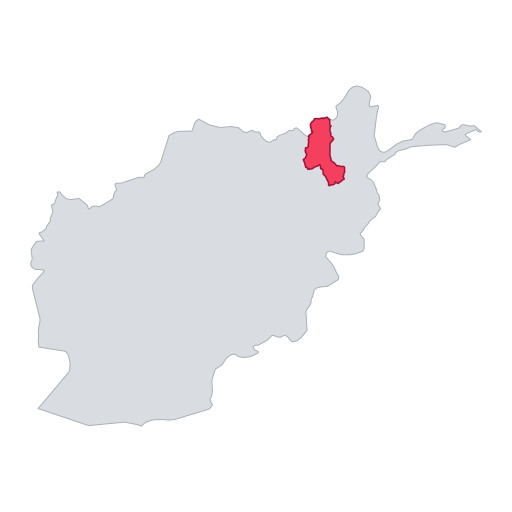 Afghanistan, with Takhar highlighted
{"feature_id": "AFG-1765", "entity_name": "Takhar", "entity_type": "Province", "adm_level": 1, "iso_a3": "AFG", "parent_name": "Afghanistan", "parent_adm1": "", "projection": "robinson", "projection_center": [69.729, 36.705], "detail": "fine", "context": "in_parent", "style": "filled", "palette": "rose", "viewbox_px": 512, "rotation_deg": 0, "n_neighbors": 0, "source": "natural_earth", "source_scale": "10m", "svg_char_len": 7195}
<svg xmlns="http://www.w3.org/2000/svg" viewBox="0 0 512 512"><path d="M220.5,127.5L231.5,126.5L239.0,127.9L242.9,131.6L246.7,132.6L250.5,130.8L252.8,130.5L253.7,131.6L255.6,132.1L258.5,131.9L260.1,133.0L260.5,135.2L262.6,138.0L266.4,141.5L269.8,142.3L274.3,139.6L275.8,140.0L276.6,139.1L277.0,137.1L279.7,135.3L284.7,133.6L287.5,132.0L288.5,130.8L290.2,130.4L292.0,130.8L293.3,130.3L294.3,128.6L296.0,127.9L297.5,128.3L304.3,134.5L307.0,136.4L308.2,136.1L311.6,132.7L312.1,129.5L311.1,125.5L311.8,122.2L314.0,119.7L318.2,118.2L324.2,117.6L327.9,118.0L329.3,119.2L331.1,119.9L333.4,120.1L335.6,118.6L337.5,115.6L337.6,111.8L335.9,107.3L336.3,105.8L339.4,103.6L342.6,100.2L345.7,95.8L348.7,90.5L352.4,87.2L356.8,85.9L362.1,87.3L368.4,91.5L370.8,96.6L369.3,102.7L369.2,106.0L370.5,106.7L377.6,105.5L378.6,106.4L378.5,108.1L377.5,110.6L376.3,117.9L374.2,135.7L377.3,146.2L379.4,150.4L381.5,151.8L383.6,152.3L385.7,151.9L390.0,149.2L396.6,144.2L402.9,141.1L412.2,139.4L415.2,134.0L419.4,130.4L429.1,125.1L434.4,123.1L437.5,122.8L444.9,124.8L445.3,126.4L444.9,128.1L442.8,129.5L442.1,130.6L442.9,131.5L445.9,131.8L458.8,128.1L461.6,124.9L464.4,124.8L469.8,126.1L474.0,125.7L476.2,127.1L481.3,131.8L479.7,132.0L477.4,131.1L476.1,129.6L471.0,131.6L465.2,134.5L465.4,135.3L470.6,139.6L459.9,144.3L455.1,147.0L454.0,147.1L446.7,144.6L426.5,145.4L411.2,146.8L405.2,149.2L399.6,150.4L396.7,151.6L394.9,154.2L386.4,159.7L384.9,161.7L380.2,161.6L375.3,166.9L368.2,173.3L366.7,176.3L367.8,177.9L371.6,180.2L373.4,182.4L376.1,188.6L377.2,193.0L378.9,194.9L379.8,200.1L378.1,203.1L378.1,204.5L380.5,208.5L379.9,209.7L378.2,211.6L375.4,216.6L370.3,220.3L368.2,223.6L364.7,227.3L363.2,230.4L361.7,232.1L360.1,233.0L360.5,234.7L361.9,236.7L364.2,239.1L364.1,248.4L362.9,251.1L356.5,253.6L350.4,254.7L342.9,254.8L340.1,254.4L329.7,251.0L326.4,252.7L325.7,256.8L331.6,263.5L334.1,267.2L336.8,273.4L338.8,276.7L338.1,279.7L327.4,286.3L320.5,287.0L316.3,288.1L314.2,289.8L312.6,296.8L311.1,299.4L311.1,302.4L309.7,305.9L307.5,308.2L305.9,311.8L307.1,330.5L300.9,337.9L297.4,340.6L294.1,341.8L291.4,341.4L287.9,337.1L285.5,335.5L283.1,335.8L280.6,337.3L276.7,336.8L273.4,335.3L271.7,335.5L270.7,337.0L267.1,340.2L258.3,345.1L254.7,345.4L253.2,346.6L253.8,348.6L255.3,350.3L258.1,351.4L258.2,352.8L253.7,355.2L249.1,356.9L243.9,357.5L238.4,356.6L235.7,354.4L232.4,354.2L229.4,355.8L226.2,358.4L221.9,364.9L215.5,369.0L213.9,373.1L211.9,380.4L212.4,391.2L211.6,396.0L210.1,399.1L210.4,401.6L212.5,404.4L211.6,406.3L209.8,408.3L208.1,409.4L173.5,419.8L167.9,420.1L164.9,419.6L155.2,419.6L151.1,420.4L147.0,421.8L144.0,423.5L141.6,426.1L137.6,424.7L124.7,422.1L89.8,425.5L86.6,424.9L38.1,408.6L68.9,372.0L69.8,368.9L70.1,363.0L68.4,355.0L65.5,351.3L39.0,347.1L38.2,340.9L38.7,338.1L38.3,332.7L38.5,328.6L39.9,321.8L40.0,318.7L32.4,288.3L32.5,285.3L37.6,278.4L44.1,271.5L43.8,270.3L40.6,269.5L35.9,269.5L33.4,268.4L31.4,266.5L30.7,263.8L32.2,258.9L31.1,249.4L36.3,241.4L44.0,240.9L40.2,235.1L39.4,234.5L39.1,233.5L39.6,232.5L41.5,232.1L46.3,228.4L46.6,226.3L50.5,220.8L50.3,218.3L53.0,211.8L51.8,207.5L51.6,205.2L54.5,203.7L56.4,197.6L57.5,196.1L57.6,194.6L57.1,192.2L59.7,191.8L62.0,194.9L65.7,198.2L68.1,199.2L71.2,199.6L78.0,198.6L79.4,198.7L86.4,204.5L87.6,206.0L88.2,208.3L89.3,209.0L91.8,206.7L94.2,205.9L98.8,206.6L101.3,205.8L113.0,198.7L113.9,194.1L115.1,191.5L116.7,190.0L114.9,184.7L115.6,183.7L117.1,183.2L121.0,183.2L138.6,177.4L143.2,177.4L144.2,177.0L144.5,175.4L145.8,173.7L154.2,169.4L159.0,165.1L160.8,161.9L169.1,135.5L173.3,133.2L177.6,131.5L192.0,131.0L194.8,122.9L196.2,121.0L198.7,119.1L209.3,124.9L220.5,127.5Z" fill="#d9dde1" stroke="#a8b0b8" stroke-width="1"/><path d="M326.5,117.3L327.2,117.3L327.7,117.8L328.0,118.4L328.3,118.9L329.0,119.1L329.4,119.2L329.6,119.4L329.7,119.6L329.9,119.8L329.7,120.6L329.8,124.4L329.9,125.2L330.0,125.6L330.5,125.6L331.0,125.8L331.0,126.1L330.8,126.2L330.4,126.7L330.3,127.0L330.1,128.0L329.9,130.1L330.0,131.1L330.7,132.9L330.8,133.4L330.8,133.8L330.7,134.6L330.8,135.4L330.9,135.8L331.2,136.2L332.4,137.0L332.9,137.6L333.6,138.9L332.9,140.0L332.7,140.6L332.4,140.9L331.5,141.2L331.1,141.9L331.0,142.2L331.0,142.5L330.9,142.6L330.7,142.8L330.1,143.2L330.0,143.4L330.0,143.6L330.0,151.8L329.9,153.5L329.9,154.9L330.0,155.7L330.3,156.3L330.4,157.2L330.8,158.2L330.9,158.6L331.0,159.0L330.9,160.3L331.0,160.6L331.1,160.8L332.3,161.4L334.1,162.7L336.3,165.2L336.7,165.7L337.1,165.8L337.7,165.7L337.9,165.7L339.0,165.9L341.0,166.5L342.4,166.4L343.5,166.5L343.8,166.6L344.1,166.8L344.5,167.3L344.6,171.2L344.6,172.3L344.2,172.8L344.1,173.0L343.9,173.9L343.6,174.9L343.6,175.2L343.6,175.6L343.6,175.8L343.3,176.1L343.1,176.5L343.1,176.8L343.2,177.1L343.4,177.3L344.0,178.3L344.2,178.7L344.2,179.0L342.4,180.0L341.7,180.9L341.3,181.2L340.0,182.0L339.3,182.3L339.2,182.4L339.1,182.5L338.9,182.9L338.7,183.1L338.6,183.3L338.3,183.5L336.4,182.7L335.5,182.0L335.3,181.9L335.3,182.1L335.4,182.3L335.3,182.7L335.1,183.1L334.8,183.5L334.4,184.0L334.0,184.3L333.3,184.7L331.2,184.9L329.9,185.4L329.4,185.7L329.2,185.7L329.1,185.4L329.1,185.2L328.6,185.0L328.4,182.1L328.3,181.8L328.1,181.5L327.6,180.9L327.4,180.6L327.3,180.3L327.4,180.0L327.3,179.9L327.2,179.7L326.9,179.4L326.7,179.2L326.4,178.5L326.3,178.3L326.3,178.2L326.3,177.8L326.2,177.7L325.7,176.6L325.0,175.9L323.2,174.2L322.9,169.9L322.5,169.2L322.1,169.1L321.3,169.1L321.2,169.1L320.9,169.0L320.8,168.9L320.7,168.6L320.6,168.3L320.5,167.7L320.5,167.0L320.5,166.6L320.4,166.2L319.9,164.8L319.5,164.7L318.8,165.3L317.8,165.9L315.9,166.6L315.4,166.7L314.9,166.8L314.5,167.1L312.5,168.6L311.2,169.0L310.1,169.0L309.8,169.0L309.6,169.1L309.4,169.3L309.2,169.2L308.9,168.9L308.7,168.9L308.5,169.0L308.4,169.1L308.1,169.3L307.9,169.3L307.7,169.1L307.5,168.6L307.3,168.3L307.1,167.8L307.0,167.6L306.8,167.5L306.4,167.4L305.9,167.3L305.5,166.8L305.5,166.2L305.5,165.9L305.3,165.5L305.0,164.9L304.9,164.5L304.9,164.0L304.9,163.7L304.9,163.3L304.8,163.0L304.6,162.7L304.2,162.1L303.8,160.7L303.5,160.2L303.3,159.8L303.3,159.7L303.8,159.1L304.1,158.9L304.3,158.8L304.4,158.7L304.5,158.5L304.6,158.4L305.4,157.7L305.6,157.5L305.7,157.3L305.8,157.1L306.0,156.2L306.6,155.0L306.7,154.6L306.7,154.3L306.3,153.5L306.1,153.2L305.9,153.1L305.7,153.0L305.6,152.8L305.6,152.5L305.6,152.2L305.6,151.9L305.5,151.6L305.2,151.1L305.1,150.9L305.2,150.7L305.4,150.4L305.4,150.2L305.5,149.4L305.4,148.6L305.4,148.3L305.4,148.2L305.8,147.8L307.3,147.6L307.5,147.5L307.8,147.1L308.2,146.1L308.6,140.8L308.5,140.5L308.4,140.0L308.4,139.6L308.4,139.3L308.6,138.4L309.3,137.5L309.2,137.3L309.2,137.1L308.4,136.2L308.8,135.9L309.1,135.6L309.6,135.0L310.9,134.3L311.4,133.8L312.5,132.1L312.6,131.6L312.0,131.5L311.5,131.2L311.7,130.4L311.5,130.1L311.2,128.8L311.0,128.2L310.8,128.0L310.7,127.7L310.7,127.3L310.7,127.0L310.7,126.8L310.8,126.8L310.9,126.6L310.8,126.4L310.5,126.3L310.4,126.2L310.4,124.8L310.5,124.1L310.7,123.5L310.8,123.3L311.3,123.0L311.5,122.7L311.8,122.1L311.9,121.9L313.3,121.0L314.0,120.3L314.5,118.8L315.1,118.5L319.4,118.9L320.1,118.7L321.4,118.2L322.1,118.1L322.4,118.1L323.1,118.3L323.3,118.5L323.6,118.7L323.9,118.5L324.3,118.2L324.6,118.1L325.2,117.9L326.5,117.3Z" fill="#f43f5e" stroke="#9f1239" stroke-width="1.5"/></svg>